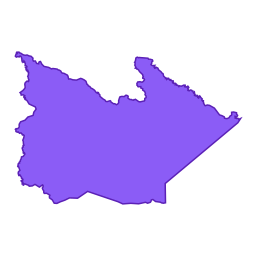 Robežnieku pag., Kraslavas, Latvia (Albers equal-area conic projection)
{"feature_id": "27541924B81744778922101", "entity_name": "Robežnieku pag.", "entity_type": "district", "adm_level": 2, "iso_a3": "LVA", "parent_name": "Latvia", "parent_adm1": "Kraslavas", "projection": "albers", "projection_center": [27.571, 55.969], "detail": "fine", "context": "isolated", "style": "filled", "palette": "violet", "viewbox_px": 256, "rotation_deg": 0, "n_neighbors": 0, "source": "geoboundaries", "source_scale": "gbopen_adm2", "svg_char_len": 5584}
<svg xmlns="http://www.w3.org/2000/svg" viewBox="0 0 256 256"><path d="M187.5,86.2L186.8,86.9L185.1,86.9L184.6,86.7L184.6,86.3L185.2,85.7L185.2,85.2L183.8,85.1L181.3,86.2L179.4,85.8L178.9,86.6L177.9,85.4L176.6,85.2L176.7,84.5L176.5,84.3L175.2,84.7L175.2,84.2L175.8,83.7L175.7,83.5L175.0,83.2L173.6,83.5L173.3,83.2L173.3,82.7L172.6,82.7L172.5,82.1L173.3,81.2L173.1,80.8L172.2,81.0L171.3,80.3L170.7,80.4L170.5,80.1L170.6,79.6L170.4,79.6L170.0,80.1L169.7,80.1L168.8,78.6L167.9,79.0L167.8,78.8L168.2,78.5L168.2,78.3L167.2,78.4L166.8,78.9L166.8,78.2L166.6,78.1L165.5,78.5L165.5,77.8L163.7,76.3L163.0,73.6L161.9,73.0L161.1,71.8L158.6,69.8L158.1,69.0L158.1,68.4L157.7,68.0L155.8,67.1L155.4,67.3L155.5,68.0L154.7,68.2L154.1,67.2L154.3,66.1L154.8,65.4L152.4,65.6L151.1,64.8L151.0,64.4L151.8,63.1L151.7,62.0L152.8,61.1L152.6,60.3L152.3,59.8L149.9,59.2L148.5,59.2L148.0,58.2L139.1,57.5L138.3,57.7L137.5,57.2L136.9,57.3L135.9,58.0L135.5,60.4L135.0,61.9L134.6,62.3L135.1,62.8L135.0,64.9L134.8,65.1L135.9,67.4L135.3,68.1L136.5,68.4L136.7,69.0L137.5,69.1L138.6,70.0L139.5,71.6L142.7,74.7L142.8,75.7L143.3,76.7L142.9,77.1L142.7,77.9L142.8,78.3L143.9,78.6L144.5,79.6L144.3,80.1L143.2,81.5L142.0,82.2L139.8,81.7L137.7,82.0L136.8,83.8L137.1,84.9L137.0,85.3L137.5,85.6L137.9,86.6L138.3,86.8L140.8,86.6L140.9,88.1L142.7,88.7L142.7,90.1L144.6,91.4L145.4,93.4L145.0,94.7L146.1,96.2L146.1,97.7L144.8,98.4L144.7,100.4L144.4,100.9L140.0,101.9L138.7,101.6L135.4,99.3L134.9,99.6L134.0,99.6L133.7,100.2L132.0,99.9L131.4,99.5L129.9,99.5L128.0,98.2L127.9,97.8L128.2,96.5L127.9,95.9L126.7,95.3L125.7,95.3L124.2,96.6L121.9,96.4L120.0,96.8L119.5,97.8L118.6,100.7L118.7,102.7L117.6,104.1L116.4,104.7L114.8,103.7L113.7,103.8L113.0,103.4L111.0,102.0L110.7,101.1L110.2,100.7L107.1,101.6L105.8,101.4L104.8,99.9L103.5,99.3L100.0,96.4L99.8,94.7L99.0,94.1L98.4,92.6L97.6,92.4L97.4,93.1L96.3,92.6L94.5,90.2L92.4,88.7L91.0,88.1L89.8,86.5L88.4,85.9L87.6,84.5L86.9,84.2L86.0,81.3L84.2,79.9L81.8,78.7L80.6,78.4L76.5,80.1L72.8,79.8L70.2,78.9L68.6,79.0L68.0,76.2L67.4,75.1L63.9,73.3L62.3,73.1L61.5,72.5L60.8,71.1L59.3,70.1L58.3,70.0L57.2,69.1L55.2,68.8L52.9,68.5L51.5,68.9L48.7,67.4L44.0,66.4L41.8,64.1L40.5,61.5L39.3,61.7L38.7,63.0L38.6,63.8L36.6,63.4L35.4,61.0L33.4,61.1L32.7,59.3L33.0,58.2L31.1,56.3L29.1,55.9L27.1,55.0L25.2,55.3L23.2,54.8L20.6,53.1L19.7,53.0L19.0,52.1L16.7,52.2L16.5,52.7L17.4,53.3L17.1,53.7L16.3,53.6L15.4,55.9L15.4,56.4L16.4,57.1L17.6,56.6L19.3,56.9L19.7,56.2L20.7,56.1L21.4,57.2L21.4,57.8L21.8,58.3L21.9,60.5L22.8,61.6L22.5,61.8L23.0,62.0L23.0,62.3L23.6,62.1L23.9,60.9L24.7,61.8L24.8,62.8L25.3,63.4L25.3,64.3L25.1,65.6L26.3,65.9L26.9,66.5L26.7,67.3L25.5,67.5L25.8,68.1L26.7,69.0L26.1,69.7L27.4,70.2L26.8,70.7L27.4,71.4L28.0,71.1L28.4,71.8L28.3,72.5L28.7,72.8L28.3,74.2L28.5,75.0L27.7,76.3L28.1,77.1L28.4,78.8L28.8,79.5L28.7,81.1L28.2,81.6L27.1,81.0L25.4,82.5L25.0,83.3L24.8,84.4L25.2,87.4L24.6,88.6L22.9,90.5L20.0,92.6L20.9,93.6L21.2,95.1L23.2,94.8L24.7,95.7L23.8,96.7L23.9,97.4L24.3,97.8L24.9,97.2L25.3,97.5L25.5,98.4L25.4,99.1L24.9,99.1L25.0,99.4L26.9,100.4L29.1,104.0L35.3,106.9L36.1,109.1L33.8,112.2L33.1,115.4L27.9,117.0L25.0,120.2L20.6,121.8L19.3,124.0L19.1,125.1L19.3,126.4L18.8,127.7L17.7,128.6L16.0,128.7L15.4,129.3L16.0,130.0L15.8,131.1L16.2,131.7L17.5,132.2L18.1,131.9L19.6,133.3L20.9,132.9L22.0,133.8L22.1,134.6L22.9,135.1L23.5,134.8L24.2,135.6L23.7,138.0L22.8,140.2L23.4,141.9L23.3,143.0L23.9,145.2L23.1,145.4L23.0,145.9L23.3,146.9L22.4,147.4L22.2,148.7L22.8,149.8L22.8,150.7L23.3,151.3L23.4,152.0L23.2,152.4L23.4,153.2L23.8,153.1L23.9,152.7L24.3,152.7L24.7,153.3L24.8,154.2L23.9,155.4L23.4,156.3L21.5,156.9L21.4,157.7L21.0,159.2L20.3,160.4L20.3,161.3L19.2,162.3L19.5,163.1L18.4,163.6L18.1,164.1L18.1,165.2L17.7,166.3L17.9,166.6L18.3,166.4L18.7,167.0L19.9,170.4L18.6,171.6L18.3,172.2L18.2,173.5L18.8,175.5L19.4,175.5L19.3,175.0L19.8,174.8L21.4,177.2L21.6,177.6L21.4,178.0L21.8,178.5L22.6,178.9L22.9,179.5L22.4,180.1L21.1,180.9L21.6,181.4L22.4,181.2L22.2,181.8L22.6,182.1L22.1,182.7L22.2,183.6L22.6,183.5L22.4,183.9L22.9,183.9L22.9,183.3L23.4,183.6L22.9,184.2L23.2,185.1L23.6,185.1L24.1,184.2L24.8,183.9L28.8,185.4L29.2,186.2L32.3,185.9L35.0,184.4L39.4,187.1L42.5,184.9L43.0,185.3L43.1,186.8L42.3,188.1L43.0,189.8L43.7,190.8L43.8,192.6L44.3,193.4L46.7,193.3L49.8,195.1L49.9,195.4L49.4,196.2L49.5,197.9L52.3,199.9L54.2,203.2L56.9,203.4L60.3,201.8L64.8,200.2L69.5,197.9L77.6,198.2L87.6,191.4L118.0,201.7L122.8,203.9L130.8,203.3L138.6,203.8L145.5,202.3L147.6,203.2L150.3,202.3L150.9,201.5L151.4,199.9L152.9,199.5L155.5,201.5L160.4,202.2L161.6,202.9L163.4,203.2L165.5,202.8L165.2,183.5L237.8,122.8L240.6,118.5L238.8,119.3L237.9,118.3L236.7,118.5L235.1,118.0L235.3,117.2L235.0,116.6L235.1,116.3L235.7,116.9L236.3,117.0L237.4,116.0L237.6,115.3L236.7,114.4L236.5,112.7L233.5,112.0L231.6,112.3L231.7,114.2L231.5,115.2L230.0,116.1L229.1,117.7L227.4,118.5L226.2,118.6L224.5,118.2L224.4,117.9L224.4,117.2L224.2,116.8L221.8,115.6L219.5,114.9L214.4,108.1L209.6,105.4L207.3,105.0L205.3,105.7L204.8,105.5L204.1,104.0L203.6,103.5L203.6,102.3L203.3,101.6L203.4,100.7L203.0,100.6L203.0,101.2L202.7,101.3L201.8,99.9L202.2,98.9L200.5,97.2L200.3,96.4L199.7,96.0L199.5,96.6L198.9,97.1L198.8,97.9L198.6,98.1L197.7,97.4L197.7,97.1L198.1,96.2L197.3,95.4L197.0,95.3L196.8,95.9L196.4,96.1L194.5,95.4L194.5,94.9L195.1,94.7L195.1,94.2L193.8,93.2L194.5,92.4L194.4,92.0L194.0,92.4L193.4,92.3L193.0,91.9L192.9,91.0L192.1,91.0L191.7,90.3L191.1,90.1L190.3,90.0L189.3,90.8L188.0,90.5L187.9,90.3L188.3,90.2L188.4,89.9L187.7,88.3L188.5,88.0L188.8,87.5L188.1,86.3L187.5,86.2Z" fill="#8b5cf6" stroke="#5b21b6" stroke-width="1.5"/></svg>